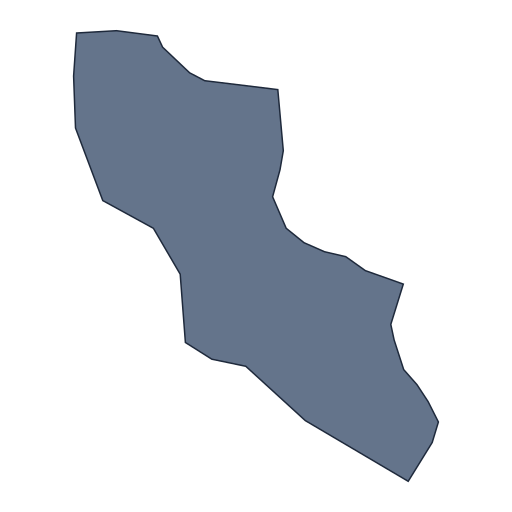 an SVG outline of Cankova
{"feature_id": "SVN-926", "entity_name": "Cankova", "entity_type": "Municipality", "adm_level": 1, "iso_a3": "SVN", "parent_name": "Slovenia", "parent_adm1": "", "projection": "robinson", "projection_center": [16.051, 46.7], "detail": "fine", "context": "isolated", "style": "filled", "palette": "slate", "viewbox_px": 512, "rotation_deg": 0, "n_neighbors": 0, "source": "natural_earth", "source_scale": "10m", "svg_char_len": 541}
<svg xmlns="http://www.w3.org/2000/svg" viewBox="0 0 512 512"><path d="M185.4,342.5L180.2,274.2L153.4,228.3L102.8,200.6L75.5,128.0L73.6,76.1L76.6,33.0L116.5,30.7L157.4,36.0L162.6,47.2L189.6,72.8L204.7,80.7L277.8,89.6L283.3,150.7L280.0,169.8L272.6,196.8L286.2,228.3L304.0,242.7L324.4,251.7L345.8,256.7L365.3,270.6L403.3,284.1L390.8,324.4L394.1,339.9L403.7,369.6L417.0,384.7L428.1,401.6L438.4,422.0L432.2,442.5L408.2,481.3L305.3,420.6L245.7,366.2L244.9,366.1L211.8,359.2L185.4,342.5Z" fill="#64748b" stroke="#1e293b" stroke-width="1.5"/></svg>